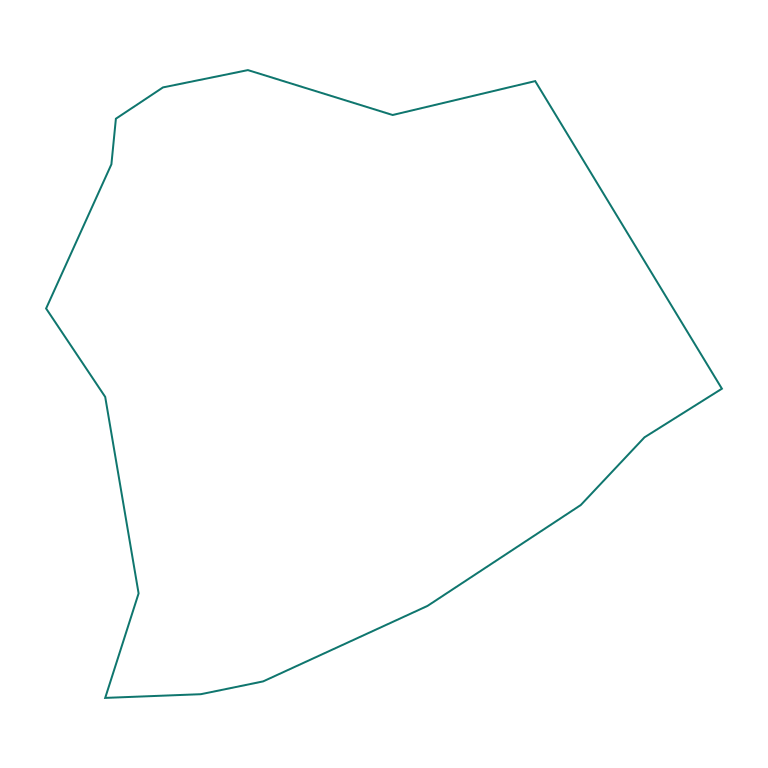 the border of Velika Polana
{"feature_id": "SVN-270", "entity_name": "Velika Polana", "entity_type": "Municipality", "adm_level": 1, "iso_a3": "SVN", "parent_name": "Slovenia", "parent_adm1": "", "projection": "orthographic", "projection_center": [16.356, 46.579], "detail": "fine", "context": "isolated", "style": "outline", "palette": "teal", "viewbox_px": 768, "rotation_deg": 0, "n_neighbors": 0, "source": "natural_earth", "source_scale": "10m", "svg_char_len": 326}
<svg xmlns="http://www.w3.org/2000/svg" viewBox="0 0 768 768"><path d="M535.2,81.1L721.9,388.7L644.5,437.3L580.8,505.0L427.5,605.9L263.1,681.4L200.8,694.2L105.2,697.9L138.6,593.4L105.2,396.9L46.1,308.5L111.4,164.3L115.9,118.7L163.0,87.4L247.9,70.1L392.6,115.0L535.2,81.1Z" fill="none" stroke="#0f766e" stroke-width="2"/></svg>